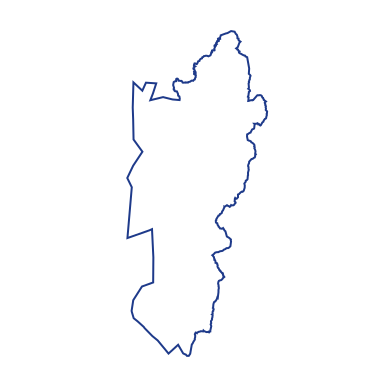 the district of Bayantes, Dzavhan, Mongolia, rotated 95°
{"feature_id": "93677404B69236363496487", "entity_name": "Bayantes", "entity_type": "district", "adm_level": 2, "iso_a3": "MNG", "parent_name": "Mongolia", "parent_adm1": "Dzavhan", "projection": "natural_earth1", "projection_center": [96.047, 49.77], "detail": "fine", "context": "isolated", "style": "outline", "palette": "blue", "viewbox_px": 384, "rotation_deg": 95, "n_neighbors": 0, "source": "geoboundaries", "source_scale": "gbopen_adm2", "svg_char_len": 5946}
<svg xmlns="http://www.w3.org/2000/svg" viewBox="0 0 384 384"><g transform="rotate(95 192 192)"><path d="M316.7,241.5L322.8,239.1L325.6,234.9L330.6,228.3L331.8,227.3L339.0,218.9L342.9,213.2L355.0,201.3L345.4,192.5L353.5,186.8L354.2,185.2L354.4,184.1L355.7,182.7L355.5,180.9L353.3,179.7L343.9,178.9L342.9,178.2L340.5,177.3L340.0,176.9L338.7,176.3L338.1,176.5L336.3,176.2L334.7,176.3L333.4,176.8L331.7,176.1L331.8,175.4L332.2,174.8L331.7,174.6L330.7,173.2L330.4,171.9L329.9,171.1L329.9,168.7L329.0,168.5L329.5,167.9L330.3,165.4L330.1,164.1L329.8,163.6L330.1,163.3L329.7,162.9L330.0,162.5L329.5,162.3L329.3,161.6L328.5,161.7L323.9,161.1L322.2,161.9L320.9,161.4L319.7,161.8L318.9,161.8L318.0,161.2L316.9,160.9L316.2,161.1L315.4,160.8L313.0,160.7L312.4,160.8L312.2,161.3L311.8,160.9L311.2,160.8L310.7,161.0L309.3,161.0L308.5,160.4L308.0,160.6L307.0,160.2L306.2,160.5L305.7,161.1L305.2,160.9L302.1,160.9L300.8,160.7L299.6,160.3L299.1,159.4L298.8,159.4L298.4,158.9L296.6,158.0L294.8,157.6L295.2,157.1L289.6,156.9L287.1,157.1L285.8,156.9L284.1,157.1L283.6,157.4L282.5,157.4L281.1,158.0L279.3,157.9L278.2,157.5L277.6,156.5L277.3,155.4L276.9,154.9L275.8,154.0L275.1,153.7L273.8,152.4L273.4,152.7L273.3,153.3L272.9,153.3L272.6,153.6L272.1,153.6L271.7,154.0L270.8,154.0L270.1,154.4L270.2,155.0L269.6,155.4L269.2,156.1L268.5,156.4L268.4,157.0L267.7,157.2L267.4,157.5L267.3,158.0L265.6,158.8L265.2,159.6L263.6,160.2L262.8,160.0L261.7,160.6L261.4,160.6L261.1,161.1L260.6,161.2L260.5,162.4L258.9,162.6L257.8,163.2L257.6,163.9L256.7,163.8L256.1,164.2L254.9,164.5L254.3,165.2L253.7,165.5L253.2,166.2L252.0,164.9L250.4,163.7L249.9,162.4L249.7,161.5L249.7,160.7L248.6,158.9L248.1,156.8L247.4,155.8L246.7,155.3L245.9,153.7L245.2,153.1L244.9,152.6L244.7,151.0L243.9,150.0L242.6,149.0L237.7,148.8L236.8,149.2L235.9,149.1L234.4,151.1L233.3,153.4L228.2,155.3L227.4,156.4L226.7,156.7L225.2,157.9L225.9,158.6L226.0,159.1L225.8,160.2L225.9,160.8L224.4,162.1L224.2,162.5L223.4,162.8L222.4,163.7L220.9,164.1L220.6,165.1L220.3,165.5L218.5,165.8L217.8,165.3L217.1,165.5L213.2,163.6L213.2,163.2L212.8,162.6L211.6,162.3L211.4,161.7L210.3,160.5L208.7,160.3L207.6,159.5L204.2,158.4L203.7,158.5L203.8,158.1L202.1,156.0L202.8,154.7L202.9,154.0L203.5,153.2L203.1,152.6L201.6,151.9L201.9,151.4L201.6,149.5L200.9,148.8L200.3,148.6L199.0,147.6L198.5,147.7L197.7,148.7L194.7,148.7L194.2,148.5L195.0,147.7L194.7,146.8L193.2,145.7L190.5,146.0L189.9,144.9L188.2,143.6L187.2,142.2L187.4,141.6L186.3,140.6L183.2,139.9L180.8,140.0L179.0,140.6L177.1,139.4L176.0,139.4L175.1,138.2L174.4,137.8L170.8,137.8L170.4,137.6L167.9,137.9L164.8,137.4L164.1,137.7L162.1,137.9L161.6,138.3L160.6,138.4L159.3,138.1L158.4,137.7L156.8,137.7L154.0,135.6L153.7,134.5L152.6,133.4L152.1,132.5L151.0,132.2L149.9,132.3L148.9,131.7L148.5,132.4L145.9,132.3L144.2,132.9L143.0,133.7L142.1,133.4L141.7,133.5L141.6,133.8L141.1,134.1L140.2,133.8L139.6,134.0L139.0,134.5L137.8,136.0L137.3,137.3L136.5,137.7L136.0,138.8L135.8,140.0L135.4,141.0L132.1,142.0L129.8,142.1L129.3,141.2L128.0,139.7L127.8,138.9L124.5,137.6L123.5,135.8L122.9,135.6L119.0,135.5L118.6,135.9L118.5,134.2L117.8,132.7L118.7,132.1L118.5,131.8L118.6,131.0L119.4,130.6L119.8,129.7L119.5,129.3L116.6,128.0L115.7,127.0L114.6,126.8L112.8,125.7L112.3,124.8L111.9,124.6L110.4,124.5L108.7,124.1L107.8,124.5L107.1,124.2L105.2,124.2L103.8,125.7L102.2,125.6L101.0,126.1L100.1,125.8L98.9,126.7L98.2,126.5L97.1,127.2L96.5,127.3L95.4,126.2L94.0,128.5L93.5,128.5L92.8,129.2L92.0,129.4L91.7,130.2L90.3,130.8L89.6,131.9L89.6,133.2L89.9,133.8L89.8,134.8L90.1,135.5L95.1,139.1L95.4,139.9L95.2,140.1L95.7,142.1L96.3,143.4L96.4,143.9L94.1,143.8L93.4,144.0L92.9,143.8L92.4,144.1L92.2,144.6L90.5,144.1L89.4,144.2L88.3,144.0L87.4,144.1L86.3,143.0L85.6,143.2L84.4,144.4L84.2,144.9L83.8,144.6L83.0,144.4L78.8,145.1L78.0,144.7L77.0,145.0L76.1,144.6L75.5,144.7L74.7,144.2L73.0,144.3L71.1,143.8L70.5,144.2L69.3,145.7L64.0,145.8L52.9,148.8L52.3,150.6L51.6,150.9L51.4,151.4L51.4,152.2L50.8,153.8L50.2,154.8L49.9,155.9L49.1,157.3L48.8,157.4L47.8,156.9L47.3,158.0L46.1,158.6L46.1,159.3L45.6,159.6L45.1,160.5L43.6,159.0L39.2,157.8L38.0,156.8L36.9,158.7L35.2,159.0L35.1,159.9L34.8,160.2L33.4,160.2L31.4,161.1L30.6,162.2L28.6,163.5L28.3,166.9L28.4,167.3L30.6,170.5L31.1,172.1L33.4,177.0L33.7,177.0L36.0,177.6L37.0,177.3L37.1,177.5L36.5,178.1L36.7,179.1L37.1,179.5L37.6,179.4L38.3,178.5L39.2,178.4L39.4,178.6L39.2,179.2L39.5,179.6L39.4,180.0L39.6,180.2L40.9,180.2L41.1,180.8L41.3,180.9L41.8,180.9L42.4,180.4L42.6,181.2L42.9,181.3L43.7,180.8L44.2,180.9L44.3,181.0L43.7,181.7L43.8,182.1L44.0,182.3L44.6,182.4L45.6,181.7L47.4,182.3L48.4,181.9L48.9,181.9L49.1,182.3L49.0,183.8L49.3,184.4L49.9,184.4L50.9,184.1L51.1,184.2L51.0,184.6L51.2,185.0L52.3,185.0L54.2,185.5L55.4,187.4L55.0,188.9L55.0,190.0L55.5,191.3L55.6,192.0L56.4,192.5L56.9,193.5L58.0,193.7L58.6,195.0L59.7,195.8L60.8,196.0L61.3,197.3L63.1,197.8L64.2,198.4L64.2,198.8L63.6,200.1L63.7,200.7L65.1,201.1L66.3,201.1L66.5,200.8L66.3,200.2L66.5,199.9L66.9,200.8L68.0,200.5L68.6,201.4L69.2,201.3L70.2,200.1L71.4,199.5L71.5,200.1L71.9,200.5L72.4,200.3L72.5,199.5L73.5,200.3L74.4,200.2L74.7,199.6L73.8,198.7L74.9,198.6L75.7,198.3L76.3,198.5L77.2,198.3L78.4,198.9L79.6,199.0L80.0,199.8L81.1,200.5L81.0,201.7L81.2,202.3L82.2,203.4L82.8,205.1L83.4,205.6L83.2,206.3L83.5,207.1L83.3,207.8L83.7,208.3L83.6,209.0L83.9,210.4L83.8,210.9L82.5,211.7L82.2,212.3L82.4,213.5L82.1,214.4L82.3,215.1L80.5,216.0L80.3,216.8L80.9,217.6L83.0,217.5L83.4,219.0L84.1,219.8L87.1,220.1L90.0,218.9L91.0,219.3L91.6,219.1L91.9,218.4L92.7,218.2L93.1,217.6L93.1,215.8L95.5,214.5L97.2,214.2L97.9,212.9L98.2,212.8L100.2,212.3L101.5,212.4L101.5,219.4L100.0,229.1L104.2,241.5L97.3,239.5L86.9,237.1L87.1,247.4L95.4,250.3L87.9,259.9L113.1,258.4L125.2,256.9L144.8,254.8L156.2,244.9L170.9,252.9L183.7,257.7L192.5,252.4L243.5,252.3L233.8,230.9L232.5,228.6L260.5,224.8L285.5,222.8L290.5,233.6L304.9,241.1L315.6,241.8L316.7,241.5Z" fill="none" stroke="#1e3a8a" stroke-width="2"/></g></svg>